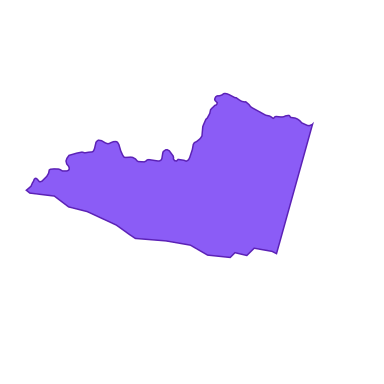 the district of Warren, New Jersey, United States of America, rotated 57°
{"feature_id": "52423323B72584796071045", "entity_name": "Warren", "entity_type": "district", "adm_level": 2, "iso_a3": "USA", "parent_name": "United States of America", "parent_adm1": "New Jersey", "projection": "robinson", "projection_center": [-75.098, 40.843], "detail": "fine", "context": "isolated", "style": "filled", "palette": "violet", "viewbox_px": 384, "rotation_deg": 57, "n_neighbors": 0, "source": "geoboundaries", "source_scale": "gbopen_adm2", "svg_char_len": 2158}
<svg xmlns="http://www.w3.org/2000/svg" viewBox="0 0 384 384"><g transform="rotate(57 192 192)"><path d="M131.8,123.2L132.2,124.2L131.8,125.6L131.9,126.3L132.1,126.9L132.6,129.8L133.1,131.6L135.8,134.3L138.3,138.9L138.6,140.8L142.1,146.1L143.1,147.4L150.4,153.1L151.4,155.3L151.8,156.8L152.2,160.6L151.9,163.1L152.8,165.0L156.6,168.6L161.9,175.2L162.9,177.0L163.2,178.2L163.0,180.1L161.1,181.4L157.1,185.9L157.6,188.0L156.3,189.5L154.2,189.6L153.0,188.7L151.5,188.2L145.1,188.6L143.0,189.8L142.3,191.1L142.4,194.0L143.3,195.2L147.6,199.1L148.3,200.3L148.3,202.2L147.6,203.5L142.8,208.9L141.8,210.0L140.9,211.4L140.7,212.6L141.0,214.0L140.7,215.7L137.2,220.5L136.0,221.1L133.5,221.4L130.7,222.9L129.4,224.4L126.9,228.8L126.1,229.8L125.6,230.0L123.5,230.1L118.8,229.4L112.4,227.5L109.8,227.4L108.8,227.8L108.0,228.7L107.0,230.5L106.5,232.8L106.2,235.2L105.5,236.5L103.7,237.9L99.7,239.9L97.6,242.2L97.5,243.0L97.7,244.6L98.1,245.5L102.4,250.0L103.8,252.0L104.1,253.2L103.9,254.1L102.2,257.3L100.8,260.6L99.4,261.8L99.2,261.9L98.5,262.8L96.6,267.6L94.3,275.2L95.6,278.5L97.4,280.8L100.3,281.8L103.0,281.5L104.8,281.8L106.1,282.7L106.5,283.8L106.2,285.5L103.8,289.2L101.4,290.4L100.1,291.4L97.5,295.1L95.8,298.4L95.8,299.7L98.2,302.1L99.8,305.3L101.2,311.9L100.8,313.6L100.2,314.4L97.0,314.8L95.7,315.3L95.2,316.0L95.4,317.4L96.7,319.1L97.4,320.7L99.5,323.9L100.3,330.0L104.6,328.6L120.4,309.7L137.3,303.6L151.3,290.6L178.5,273.5L193.6,267.6L200.1,264.8L218.8,240.5L235.7,222.3L253.4,213.3L267.7,195.6L266.3,189.0L275.1,180.6L273.0,170.5L285.4,157.2L289.7,154.7L280.3,144.0L200.8,54.0L200.9,54.5L200.2,57.6L199.0,59.0L193.8,62.3L190.8,62.8L188.3,63.8L186.2,65.2L183.1,68.7L181.0,68.7L180.3,69.4L179.1,72.2L178.9,73.8L178.3,75.3L177.4,76.7L174.5,80.3L174.1,81.4L174.6,83.5L174.4,83.9L172.2,84.7L170.5,85.6L167.7,88.4L166.2,89.2L154.3,95.6L152.3,96.4L149.6,96.6L145.6,97.8L145.4,98.5L143.1,100.9L140.8,102.1L137.0,103.6L136.3,104.6L130.5,107.9L128.8,109.1L127.3,110.7L126.8,111.9L126.9,114.1L126.6,115.4L126.2,116.7L125.1,118.5L125.1,120.2L125.9,121.7L127.0,122.7L128.0,122.8L130.9,122.2L131.8,123.2Z" fill="#8b5cf6" stroke="#5b21b6" stroke-width="1.5"/></g></svg>